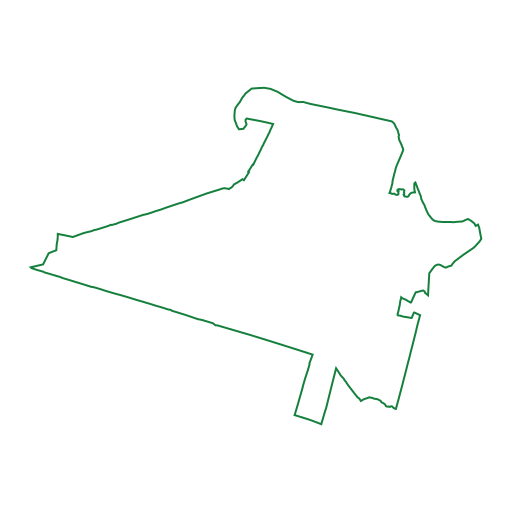 the district of Dobrun, Olt, Romania
{"feature_id": "2599482B92313986888517", "entity_name": "Dobrun", "entity_type": "district", "adm_level": 2, "iso_a3": "ROU", "parent_name": "Romania", "parent_adm1": "Olt", "projection": "orthographic", "projection_center": [24.23, 44.251], "detail": "fine", "context": "isolated", "style": "outline", "palette": "green", "viewbox_px": 512, "rotation_deg": 0, "n_neighbors": 0, "source": "geoboundaries", "source_scale": "gbopen_adm2", "svg_char_len": 6087}
<svg xmlns="http://www.w3.org/2000/svg" viewBox="0 0 512 512"><path d="M321.3,424.2L322.4,420.3L325.2,410.8L326.0,408.6L331.8,385.2L336.1,368.3L337.1,369.8L338.5,371.9L339.7,373.7L340.4,375.0L341.6,376.4L343.7,378.6L344.1,379.3L344.6,380.3L346.0,381.9L347.0,383.5L348.2,385.3L354.9,394.0L357.7,397.5L358.4,397.8L359.5,398.9L360.9,401.0L362.9,399.8L364.2,399.0L366.2,398.5L367.8,397.9L369.4,397.3L370.8,397.7L372.1,397.8L373.3,398.4L374.4,398.7L375.6,398.9L376.8,399.1L377.5,399.2L378.3,399.6L379.2,400.1L380.2,400.6L380.9,401.2L381.2,401.9L381.7,402.4L382.8,402.9L383.8,403.5L384.7,404.1L385.5,405.1L385.8,406.0L386.3,406.3L387.0,406.6L387.9,406.6L388.4,406.5L389.2,406.8L389.9,406.9L390.2,406.7L390.7,406.4L391.5,406.3L392.2,406.5L392.6,406.9L393.3,407.7L394.0,408.1L395.1,408.8L395.9,408.9L398.1,400.9L402.4,384.7L406.6,368.2L408.3,361.5L409.5,357.1L410.5,352.9L412.8,343.9L415.3,334.1L415.8,332.1L416.8,327.7L417.7,324.0L418.3,321.8L419.4,317.8L420.1,315.2L414.4,312.5L414.0,312.5L413.8,312.8L413.5,313.5L413.2,314.4L412.7,315.4L412.1,316.9L411.7,317.9L411.3,318.0L410.4,317.8L408.8,317.5L406.5,317.1L403.6,316.7L400.2,315.7L398.8,315.5L398.1,315.4L397.6,315.0L397.6,314.5L397.7,313.6L398.3,311.5L398.6,310.3L398.8,309.2L399.2,307.5L399.5,305.9L399.8,304.9L399.9,303.7L400.3,301.1L400.6,299.8L401.0,298.5L401.1,298.1L401.2,297.3L401.7,297.7L402.5,298.2L403.3,298.7L404.1,299.0L404.9,299.3L405.7,299.7L406.4,300.1L407.0,300.4L407.9,301.1L408.7,301.5L409.5,301.8L410.4,302.5L410.8,302.5L411.1,302.4L411.7,301.0L412.3,299.7L413.5,297.0L414.5,294.9L415.6,292.5L416.0,292.2L416.5,292.1L417.6,292.1L418.2,291.8L420.6,291.1L422.9,290.5L423.4,290.6L423.9,291.0L424.5,291.3L424.8,292.0L425.1,292.9L425.7,293.3L428.0,295.3L429.3,273.2L432.0,269.5L434.4,266.4L435.2,265.7L436.3,265.1L437.7,264.6L439.0,264.6L440.4,265.0L444.2,267.1L445.3,267.5L446.2,267.5L447.9,266.7L449.1,266.2L451.0,265.8L451.5,265.4L452.5,263.9L454.9,261.1L463.3,254.8L468.9,251.0L473.2,248.1L475.2,246.3L479.6,241.4L481.3,238.8L480.4,234.3L479.2,227.7L478.0,224.6L475.7,225.9L474.4,223.5L471.1,220.8L468.0,219.0L466.5,219.6L465.0,220.2L463.8,220.9L462.6,221.3L461.6,221.6L460.1,221.6L457.2,221.8L453.7,222.2L450.4,222.0L447.4,222.0L442.9,222.0L438.7,221.7L436.4,221.3L435.0,221.0L433.8,220.4L432.6,219.5L431.5,218.3L429.6,215.9L428.8,215.0L428.1,213.8L427.2,212.0L426.5,210.5L424.9,206.5L424.6,205.6L424.2,204.6L423.4,203.4L422.8,202.2L422.2,200.9L421.8,200.0L421.4,199.4L421.2,198.4L421.1,197.7L420.7,195.8L419.9,194.1L419.1,192.1L418.5,190.4L417.9,189.1L417.1,186.9L416.3,184.8L415.4,182.5L414.7,183.0L414.3,184.0L414.3,188.5L414.4,189.7L415.0,192.4L413.6,192.4L411.9,192.7L410.4,193.4L409.3,194.7L408.3,196.4L407.3,196.8L406.3,196.7L405.6,196.5L404.5,196.4L403.6,194.6L404.2,194.1L404.3,193.2L403.9,192.4L404.4,190.6L404.0,190.0L402.8,189.3L401.5,189.5L399.8,189.1L398.7,189.2L397.9,189.5L397.5,189.9L397.3,190.4L397.4,190.9L397.6,191.2L398.6,191.3L398.3,192.7L398.5,193.9L398.1,194.5L397.3,194.9L396.3,194.9L395.3,194.4L394.3,193.7L392.1,193.9L391.4,193.4L389.5,193.0L390.3,191.0L390.6,189.6L391.3,187.6L391.8,185.4L392.3,183.8L392.4,182.6L392.7,180.2L393.4,177.5L394.3,173.8L395.2,170.7L395.6,168.7L396.3,166.6L397.1,164.5L397.9,162.8L400.5,156.7L402.7,151.4L403.2,149.9L403.1,149.5L403.1,148.8L402.9,148.2L402.5,147.5L402.2,146.8L401.8,145.7L401.5,144.6L401.0,143.9L400.7,143.2L400.5,142.4L399.9,141.5L399.3,140.2L398.8,137.7L398.6,137.1L398.7,136.4L398.9,135.7L399.0,135.1L398.9,134.6L398.6,134.0L398.4,133.4L398.3,132.8L398.2,132.2L398.1,131.5L397.7,130.5L397.4,129.9L397.1,129.2L396.6,128.5L396.1,127.6L395.8,127.1L395.7,126.5L395.4,126.0L395.1,125.5L394.7,124.4L394.2,123.7L393.6,122.9L393.0,122.4L391.8,121.4L354.4,112.9L337.6,109.6L329.0,107.7L310.3,103.9L303.3,102.0L298.1,102.1L293.5,100.8L285.9,96.8L277.6,91.8L270.6,88.9L264.3,87.8L258.2,88.1L251.6,88.6L245.5,93.5L243.9,95.8L242.3,97.6L241.1,99.8L239.8,102.1L238.3,104.0L236.6,106.2L235.5,108.0L234.8,110.6L234.4,115.5L234.5,118.0L234.7,119.9L235.1,121.2L235.7,122.5L236.3,124.1L236.9,126.0L237.9,127.6L239.0,129.3L243.4,128.8L243.9,128.1L244.3,127.6L244.7,127.1L245.7,125.8L246.4,124.7L246.5,124.1L246.1,123.0L245.6,121.7L245.5,121.1L245.6,120.5L245.6,119.8L245.8,119.5L246.4,118.9L246.8,118.5L248.5,118.9L253.4,119.8L259.8,121.0L265.0,122.1L268.9,123.0L273.1,124.0L271.3,128.1L270.8,129.0L270.4,129.9L269.2,132.9L268.4,134.2L267.2,136.9L266.1,138.9L264.9,141.4L264.4,142.1L264.2,142.7L263.5,144.1L263.2,145.1L262.7,145.7L262.0,146.9L261.7,147.7L261.5,148.1L261.2,148.7L260.7,149.8L260.4,150.6L259.9,151.4L259.6,152.1L259.2,152.8L258.6,154.3L258.2,154.9L257.5,156.3L256.4,158.2L255.6,159.9L254.3,162.5L253.3,164.7L252.8,164.5L248.2,171.7L249.0,172.2L243.9,180.2L242.5,179.2L237.5,182.5L234.0,184.4L233.2,185.6L232.5,186.5L231.3,187.6L230.1,188.2L228.9,189.1L228.3,188.8L227.0,188.6L224.3,188.2L221.6,188.7L219.9,189.4L206.6,193.5L189.0,199.9L187.0,200.7L182.5,202.4L178.8,203.4L166.8,207.4L160.5,209.7L155.8,211.1L152.1,212.4L148.5,213.6L145.5,214.4L143.1,214.9L128.6,219.6L119.5,222.4L115.9,223.9L111.7,225.0L110.5,224.8L110.1,225.1L109.7,225.4L107.1,226.3L97.3,229.4L93.8,230.2L93.0,230.5L92.2,230.9L91.6,231.1L90.9,231.3L87.4,232.1L83.9,233.0L80.5,234.2L72.8,237.0L67.2,235.8L59.2,234.2L57.8,233.9L57.7,238.0L57.4,240.5L56.7,244.4L56.3,250.2L48.7,253.2L43.1,264.4L30.7,267.3L31.5,268.1L37.2,270.0L43.6,271.8L44.2,272.3L60.7,277.2L62.5,278.0L78.9,283.0L91.8,287.0L92.9,287.0L96.2,287.9L100.6,289.2L104.2,290.4L106.3,291.1L107.4,291.4L115.3,293.7L118.7,294.6L120.9,295.2L126.0,296.7L126.5,296.8L133.2,298.9L137.5,300.2L140.6,301.1L142.8,301.7L146.0,302.7L148.5,303.4L153.9,305.1L154.4,305.3L160.0,306.9L163.7,308.0L168.6,309.6L170.5,309.8L171.1,310.1L171.7,310.7L178.0,312.6L186.3,315.2L198.0,319.2L200.3,319.6L202.8,320.2L212.4,323.1L212.8,323.2L215.5,325.3L217.1,325.3L233.5,330.1L248.7,334.5L280.9,344.5L312.6,354.6L311.8,357.0L309.4,363.4L309.6,364.1L308.0,369.8L305.0,378.9L302.7,386.8L302.7,387.3L297.8,404.5L294.9,414.2L294.6,415.1L308.8,419.5L312.8,420.9L314.0,421.4L318.5,423.1L321.3,424.2Z" fill="none" stroke="#15803d" stroke-width="2"/></svg>